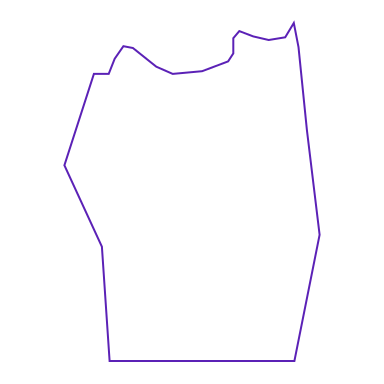 the district of Morne Rouge/Marc, Castries, Saint Lucia
{"feature_id": "8701671B11332589204327", "entity_name": "Morne Rouge/Marc", "entity_type": "district", "adm_level": 2, "iso_a3": "LCA", "parent_name": "Saint Lucia", "parent_adm1": "Castries", "projection": "orthographic", "projection_center": [-60.97, 13.959], "detail": "fine", "context": "isolated", "style": "outline", "palette": "violet", "viewbox_px": 384, "rotation_deg": 0, "n_neighbors": 0, "source": "geoboundaries", "source_scale": "gbopen_adm2", "svg_char_len": 396}
<svg xmlns="http://www.w3.org/2000/svg" viewBox="0 0 384 384"><path d="M294.4,361.0L319.6,234.8L306.9,130.0L298.5,47.1L293.8,23.0L285.2,37.3L268.7,40.0L253.2,36.4L239.3,31.1L233.3,38.2L233.3,53.4L228.1,61.4L202.1,71.2L172.7,73.9L156.3,66.7L132.9,48.0L123.4,46.2L114.7,58.7L108.7,73.9L93.9,73.9L64.4,165.3L101.9,246.7L109.6,361.0L294.4,361.0Z" fill="none" stroke="#5b21b6" stroke-width="2"/></svg>